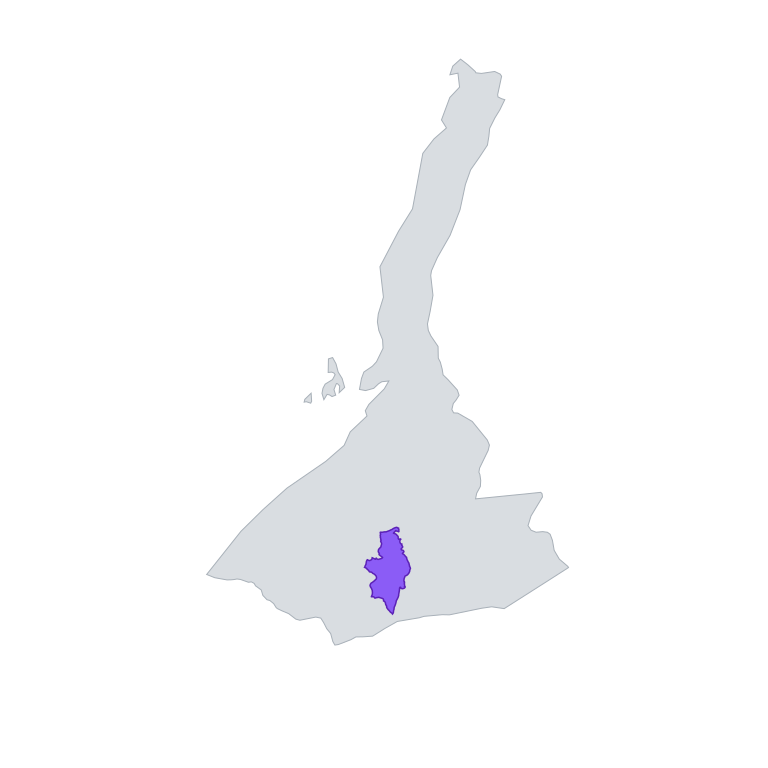 Kerkebet, Anseba, Eritrea (highlighted), rotated 243°
{"feature_id": "51966322B98400180511849", "entity_name": "Kerkebet", "entity_type": "district", "adm_level": 2, "iso_a3": "ERI", "parent_name": "Eritrea", "parent_adm1": "Anseba", "projection": "robinson", "projection_center": [37.597, 16.113], "detail": "fine", "context": "in_parent", "style": "filled", "palette": "violet", "viewbox_px": 768, "rotation_deg": 243, "n_neighbors": 0, "source": "geoboundaries", "source_scale": "gbopen_adm2", "svg_char_len": 8143}
<svg xmlns="http://www.w3.org/2000/svg" viewBox="0 0 768 768"><g transform="rotate(243 384 384)"><path d="M136.7,465.1L134.2,440.2L132.6,423.5L130.9,405.8L129.3,389.1L136.6,378.8L139.9,369.1L148.6,337.5L152.0,331.2L158.8,314.2L159.7,309.3L166.4,288.0L165.8,273.8L164.5,259.4L168.1,250.9L171.4,244.1L171.2,238.4L172.6,225.0L173.7,221.7L177.7,221.5L185.9,223.2L191.9,221.9L198.8,221.9L204.1,221.4L207.3,217.4L211.7,201.8L214.5,198.7L216.6,197.7L222.7,194.8L228.0,190.3L232.3,187.0L233.8,186.4L238.4,186.0L242.9,184.0L244.9,181.8L250.6,180.1L256.2,181.1L260.0,179.2L262.5,177.9L265.3,177.8L267.9,176.0L268.9,173.2L270.7,171.5L275.0,167.4L277.0,164.5L277.9,161.5L278.8,159.2L280.7,155.2L288.2,145.3L294.8,139.5L317.7,189.7L327.1,219.4L335.3,250.3L341.5,296.9L347.4,320.6L356.7,332.2L363.2,354.3L368.7,355.2L372.7,361.3L379.5,382.0L384.5,389.7L387.0,383.1L386.7,379.3L384.8,372.9L386.5,364.6L390.3,359.7L399.1,366.4L403.8,371.5L405.1,381.7L407.2,387.4L416.3,399.4L424.0,402.8L434.0,403.7L442.3,406.3L449.0,410.7L461.6,422.9L490.3,433.6L513.5,466.3L527.1,488.9L571.9,523.3L579.7,539.8L583.8,555.9L593.2,555.1L609.4,572.7L614.2,586.1L627.4,591.0L629.6,583.1L636.0,589.6L638.7,599.7L630.2,603.7L620.9,607.2L619.6,607.1L616.5,611.8L612.2,624.5L607.4,628.2L604.8,628.5L590.2,616.6L588.0,615.9L584.8,618.3L582.5,620.7L575.7,611.7L570.8,603.7L563.8,594.2L557.1,589.9L549.9,584.6L542.8,572.1L535.5,558.4L524.8,547.1L504.8,530.9L486.5,510.4L472.4,488.9L463.4,477.8L459.5,474.9L440.8,467.9L427.8,458.1L417.8,450.0L411.6,447.8L405.6,447.6L392.9,449.2L382.4,444.1L377.9,444.1L370.9,442.6L365.3,440.8L358.8,443.0L345.4,446.6L339.9,445.8L336.9,440.8L335.2,436.9L330.5,432.9L326.7,432.9L324.6,436.5L310.6,445.6L287.2,450.6L281.7,450.2L277.5,446.6L265.7,431.0L262.3,428.5L259.7,428.3L254.2,426.4L249.0,423.4L244.6,417.0L240.1,413.4L235.2,425.9L226.7,447.7L222.1,459.4L216.3,474.5L214.4,475.0L211.4,473.9L199.7,455.1L192.4,448.0L186.9,448.7L182.9,452.2L180.4,458.4L177.7,462.3L174.7,463.8L168.3,463.1L158.5,460.1L148.4,460.7L138.0,465.0L136.7,465.1ZM411.3,340.1L414.5,344.7L416.7,344.3L418.4,342.7L419.6,339.5L431.6,345.9L430.9,350.2L423.8,350.4L415.5,348.6L407.9,349.2L398.8,347.4L396.6,340.1L402.4,343.6L405.4,342.7L406.0,341.8L401.8,336.9L396.0,335.9L396.4,332.0L399.0,330.5L400.6,328.6L397.3,323.3L403.8,324.5L407.9,327.7L410.6,331.5L411.3,340.1ZM406.3,306.5L408.9,314.9L401.5,311.7L400.2,310.0L403.5,306.7L404.1,304.6L406.3,306.5Z" fill="#d9dde1" stroke="#a8b0b8" stroke-width="1"/><path d="M229.5,283.5L228.7,284.0L227.7,284.8L227.3,284.9L226.7,284.8L226.2,285.1L225.1,285.5L224.2,285.7L223.5,285.7L223.3,285.8L223.1,285.9L223.0,286.0L222.7,286.4L222.5,286.7L222.3,287.1L222.1,287.3L221.8,287.6L220.7,287.9L220.1,288.2L219.7,288.6L218.4,289.3L216.3,289.8L216.1,289.8L215.7,289.7L215.0,289.5L214.5,289.2L213.9,288.7L213.6,288.0L213.5,287.3L213.3,287.0L213.0,286.1L213.0,285.7L212.8,285.2L212.8,284.7L212.7,284.5L212.6,284.1L212.5,283.4L212.5,282.7L212.4,282.0L211.8,281.0L211.2,280.4L210.9,280.2L210.5,279.9L210.3,279.9L209.6,280.0L209.2,279.8L208.7,279.9L207.7,280.0L207.3,280.0L206.2,279.9L205.3,279.8L204.9,279.6L204.5,279.5L204.2,279.3L203.1,278.9L202.6,278.5L202.2,278.3L201.2,277.4L201.0,277.1L200.4,276.3L200.2,276.2L200.1,276.3L199.8,276.7L199.5,277.6L199.1,278.1L198.4,278.5L197.9,278.5L197.5,278.7L197.4,278.7L197.3,279.0L197.2,279.2L197.1,279.6L197.1,280.1L197.0,280.5L196.8,281.1L196.5,281.7L196.5,281.8L196.4,282.3L196.3,282.6L196.2,282.7L195.9,282.9L195.8,283.0L195.4,283.4L195.0,283.9L194.7,284.1L194.2,284.7L193.8,285.0L193.5,285.4L193.1,285.6L192.9,285.7L192.1,285.6L191.7,285.6L191.5,285.4L190.9,285.1L190.5,285.4L189.9,285.8L189.1,285.9L188.7,285.9L188.3,285.9L188.0,285.7L187.3,285.6L186.8,285.4L186.6,285.3L186.4,285.3L185.7,285.6L184.7,285.4L184.4,285.3L184.2,285.1L183.7,285.0L183.3,285.0L182.6,285.0L182.1,285.2L181.2,285.2L180.8,285.4L180.6,285.5L180.4,285.5L180.0,285.7L179.0,285.9L178.2,286.0L177.9,286.2L177.4,286.3L177.1,286.5L176.6,286.8L175.8,287.1L175.2,287.1L175.3,287.4L175.5,287.8L175.7,288.1L176.0,288.5L176.4,288.8L177.2,289.3L177.9,289.8L178.2,290.1L178.3,290.2L178.6,290.5L178.8,290.7L179.0,290.7L179.3,291.0L179.9,291.4L180.4,291.7L180.8,292.2L181.4,293.0L182.6,294.3L183.8,295.4L184.3,295.8L185.2,296.5L185.4,296.7L185.6,297.0L185.9,297.5L186.9,298.9L187.8,300.0L188.2,300.4L188.9,301.0L189.1,301.2L189.8,301.5L190.4,302.0L190.6,302.1L191.2,302.6L192.7,303.7L193.6,304.4L194.0,304.5L195.3,305.4L195.5,305.7L195.6,306.0L195.5,306.3L195.3,306.5L195.0,306.5L194.7,306.4L194.1,306.4L193.9,306.6L193.1,307.7L193.0,308.1L193.0,308.5L193.0,308.8L192.9,309.3L192.9,309.6L193.0,309.9L193.3,310.5L193.7,310.8L194.0,310.7L194.3,310.4L194.6,310.7L195.0,310.9L195.9,311.2L196.2,311.2L196.7,311.4L196.8,311.6L197.0,311.7L197.3,311.7L197.8,311.9L198.1,312.4L198.7,312.3L198.9,312.4L199.2,312.3L199.4,312.3L199.8,312.5L200.2,312.8L200.4,312.8L201.1,313.4L201.6,313.7L201.7,313.8L202.2,314.4L202.2,314.5L202.6,314.8L202.8,315.0L203.0,315.2L203.2,315.4L203.3,315.7L203.3,316.0L203.2,317.2L203.2,317.7L203.4,318.0L203.4,318.6L203.5,318.9L203.7,319.2L203.9,319.4L204.0,319.8L204.0,320.0L204.2,320.3L204.7,320.8L204.8,321.1L205.3,321.7L205.9,322.2L206.3,322.3L207.1,323.1L207.4,323.6L207.6,323.8L208.1,323.9L208.3,324.0L209.0,324.0L209.5,324.1L210.1,324.0L210.3,324.2L210.6,324.3L211.0,324.3L211.6,324.5L212.5,324.6L212.9,324.9L213.1,324.9L214.2,324.8L214.5,324.7L215.2,324.8L215.6,324.8L216.0,324.8L216.4,324.8L217.3,324.8L217.5,324.9L218.5,325.1L219.3,325.4L219.9,325.1L220.1,325.1L220.7,324.8L221.1,324.8L222.1,324.6L223.1,324.3L223.4,324.1L224.0,323.7L224.5,323.5L225.0,324.2L225.1,324.8L225.3,325.3L225.5,325.6L226.0,325.7L226.4,325.7L226.7,325.6L227.1,325.5L227.6,325.0L227.9,324.6L228.1,324.4L228.4,324.3L228.7,324.2L228.9,324.3L229.2,324.4L229.5,324.7L230.0,326.3L230.1,326.5L230.6,326.8L231.1,326.7L231.5,326.8L232.3,326.6L232.6,326.7L232.8,326.8L233.2,327.3L233.3,327.3L233.7,326.7L234.2,326.4L234.7,326.3L235.5,326.3L236.0,326.4L236.4,326.5L237.3,327.2L237.5,327.3L237.7,327.5L237.9,328.0L238.0,328.3L238.1,328.5L238.4,328.4L238.5,328.1L238.7,327.9L238.8,327.7L238.7,327.2L238.8,326.7L239.0,326.6L239.5,326.5L239.8,326.5L241.1,327.1L241.6,327.3L242.0,327.3L242.5,327.2L243.0,326.9L244.2,326.8L244.3,326.7L244.5,326.5L245.1,326.3L245.3,326.1L245.5,325.9L246.1,325.4L246.5,324.9L246.8,324.8L247.0,325.2L247.1,325.5L247.3,325.8L247.3,326.1L247.9,327.5L248.0,327.9L247.9,328.0L247.5,328.1L247.2,328.5L246.9,328.9L246.7,329.2L246.4,329.4L246.3,329.5L246.1,329.6L245.7,330.0L245.8,330.3L246.1,330.5L246.3,330.5L247.8,331.3L248.0,331.3L248.4,331.3L248.6,331.2L249.0,331.5L249.8,330.7L250.0,330.6L250.3,330.5L250.5,330.3L250.7,329.8L250.9,328.6L251.0,327.5L251.0,326.4L250.9,325.9L250.8,325.5L250.8,324.8L250.9,324.1L250.9,322.7L250.9,322.2L251.0,321.2L251.2,320.1L251.2,319.2L251.5,318.4L251.7,317.9L251.9,317.5L252.1,317.2L252.4,316.1L252.7,315.1L253.1,314.4L253.6,313.5L253.5,313.3L252.9,313.0L251.9,312.9L251.7,312.8L251.7,312.6L251.3,312.3L250.8,311.9L250.6,311.9L250.4,311.7L249.7,311.6L249.2,311.2L248.7,311.0L248.3,311.1L247.9,310.9L247.3,310.6L247.2,310.6L246.9,310.6L246.7,310.5L246.3,310.5L246.2,310.5L246.0,310.3L245.8,310.1L245.6,309.7L245.4,309.6L245.1,309.6L244.8,309.7L244.2,309.5L243.7,309.6L243.4,309.6L242.9,309.4L242.4,309.1L242.0,308.8L241.4,308.2L241.0,307.8L240.3,307.4L240.1,306.7L239.3,304.6L239.2,304.3L238.8,303.8L238.4,303.5L238.1,303.3L237.8,303.1L237.3,302.8L236.9,302.7L235.9,302.8L235.5,302.9L235.2,302.9L234.6,302.3L234.4,302.2L234.2,302.2L233.7,302.3L233.3,302.5L231.6,303.3L231.2,303.5L230.6,303.8L230.4,303.9L230.2,304.0L230.1,303.9L229.9,303.7L229.8,303.3L229.7,302.6L230.1,300.5L230.1,300.0L230.4,299.1L230.9,298.6L231.1,298.4L231.7,298.2L232.4,298.0L232.4,297.9L232.2,297.6L231.8,296.8L231.8,296.7L233.3,295.6L233.8,295.2L234.0,295.0L234.4,294.8L234.6,294.6L234.2,294.3L233.7,293.9L233.4,293.6L233.2,293.3L233.1,292.2L233.1,291.5L233.2,291.0L233.3,290.8L233.8,290.3L234.2,289.9L234.6,289.7L234.9,289.5L234.9,289.4L235.0,289.3L234.3,288.2L234.0,287.8L233.6,287.6L232.2,286.5L231.6,286.2L230.8,285.0L230.4,284.5L229.6,283.8L229.5,283.5Z" fill="#8b5cf6" stroke="#5b21b6" stroke-width="1.5"/></g></svg>